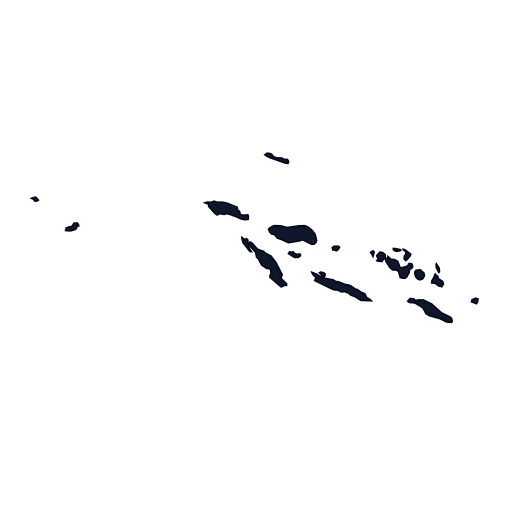 outline of Solomon Islands, rotated 170°
{"feature_id": "SLB", "entity_name": "Solomon Islands", "entity_type": "country or territory", "adm_level": 0, "iso_a3": "SLB", "parent_name": "Oceania", "parent_adm1": "", "projection": "albers", "projection_center": [159.585, -9.221], "detail": "fine", "context": "isolated", "style": "filled", "palette": "ink", "viewbox_px": 512, "rotation_deg": 170, "n_neighbors": 0, "source": "natural_earth", "source_scale": "50m", "svg_char_len": 4166}
<svg xmlns="http://www.w3.org/2000/svg" viewBox="0 0 512 512"><g transform="rotate(170 256 256)"><path d="M199.0,257.7L207.2,263.8L210.8,263.3L221.7,263.4L228.1,267.8L231.9,269.8L234.0,273.8L236.6,274.7L238.2,276.7L239.1,280.3L238.4,280.9L235.1,282.3L232.7,282.8L226.4,281.5L220.4,278.7L208.4,278.3L202.8,277.5L200.9,276.4L199.1,275.0L196.3,271.6L194.1,267.6L193.8,265.3L193.6,260.8L194.3,259.2L196.5,257.6L199.0,257.7ZM236.7,221.2L246.0,232.6L245.6,234.6L244.3,235.9L244.0,239.7L245.1,241.2L247.7,241.9L252.0,246.0L253.7,251.0L253.9,252.5L255.7,254.8L255.7,259.5L259.8,266.2L260.1,269.4L259.7,270.8L258.0,270.0L253.2,262.4L247.5,259.2L246.9,257.8L241.2,253.4L237.4,246.0L233.4,232.9L235.3,229.8L230.7,223.4L230.9,221.7L232.9,222.1L234.2,222.0L234.9,221.3L236.7,221.2ZM203.8,229.5L203.9,230.4L198.8,227.2L195.0,223.3L184.0,219.1L181.7,216.9L179.7,216.6L174.1,213.1L168.5,210.7L165.1,207.6L164.3,206.4L162.2,205.6L158.8,202.2L155.4,200.0L154.2,195.9L150.9,193.1L150.1,191.8L160.6,194.1L165.4,198.6L169.6,201.1L171.0,203.0L174.8,205.5L178.1,205.7L181.5,208.2L184.5,208.9L186.9,210.2L202.5,221.6L200.6,224.6L202.7,226.8L203.8,229.5ZM272.7,300.5L277.4,302.8L280.1,302.4L284.2,304.0L287.3,303.1L289.2,305.1L294.0,312.9L294.0,315.5L297.2,317.3L294.5,317.6L290.8,316.7L287.8,317.3L284.8,315.7L279.7,314.9L275.3,313.1L266.0,307.3L266.0,304.4L264.5,303.0L264.1,299.5L260.8,298.3L256.9,298.1L256.5,296.4L257.3,293.4L260.2,293.5L263.7,294.7L270.3,299.1L272.0,299.9L272.7,300.5ZM113.3,183.8L114.5,185.2L111.6,187.5L107.8,186.3L106.9,185.0L106.8,184.3L104.1,184.7L98.8,183.7L91.3,178.3L83.3,168.0L75.6,162.4L74.2,160.7L74.0,157.7L75.0,156.6L79.7,157.8L85.9,162.4L95.9,167.2L98.7,169.7L100.5,175.6L102.2,177.4L107.6,182.0L110.5,183.0L112.0,183.2L113.3,183.8ZM124.0,218.6L126.4,221.7L129.1,228.6L128.6,231.0L126.7,231.2L126.2,232.7L123.5,229.3L120.0,228.4L117.4,226.3L116.5,222.2L116.2,219.7L114.2,219.2L108.4,219.9L106.6,222.1L104.0,221.4L103.4,219.5L103.8,217.5L107.3,215.6L108.0,213.1L111.5,208.8L113.6,208.1L117.7,209.6L118.3,215.6L119.7,217.6L124.0,218.6ZM229.8,354.1L227.2,355.4L224.8,354.7L223.0,353.7L221.5,350.8L218.3,349.0L213.8,348.2L212.0,346.9L211.5,346.3L208.4,345.7L207.5,344.2L207.7,342.5L208.3,341.6L211.1,342.4L225.0,350.2L228.3,352.6L229.8,354.1ZM83.3,206.6L82.6,207.2L81.3,205.1L80.4,204.5L80.4,202.2L76.5,198.5L76.2,195.9L78.4,193.4L81.4,194.8L84.3,198.0L87.8,199.0L87.1,201.1L84.0,204.9L83.3,206.6ZM101.6,213.6L100.8,214.2L96.7,214.0L93.5,210.1L93.5,207.1L96.0,204.4L98.9,204.0L100.6,205.0L102.1,207.2L102.7,210.0L102.4,212.6L101.6,213.6ZM137.1,235.4L133.4,238.4L130.6,237.4L128.4,234.8L129.1,231.7L129.5,230.9L130.6,230.7L131.7,230.0L132.9,228.7L136.9,229.7L137.9,230.5L135.5,232.4L136.4,233.0L136.9,233.9L137.1,235.4ZM438.1,316.6L435.1,317.2L434.2,317.0L431.9,317.3L429.5,320.1L427.7,319.6L426.3,319.7L425.3,317.4L425.3,316.3L427.0,316.5L427.9,314.4L429.8,313.3L434.1,312.9L437.9,313.7L439.2,314.2L438.0,316.2L438.1,316.6ZM266.5,271.4L266.9,275.5L266.7,276.9L263.9,273.9L262.5,274.9L261.3,273.5L261.4,270.4L261.6,267.1L261.1,264.6L259.7,261.0L261.3,261.5L266.5,271.4ZM110.0,236.6L110.0,237.2L107.9,236.1L103.3,231.0L104.1,229.3L108.2,225.9L109.5,225.5L110.7,227.5L109.7,230.6L108.3,231.4L107.8,234.2L110.0,236.6ZM214.7,247.2L216.9,247.7L217.9,247.6L220.4,249.7L223.7,252.7L222.3,254.3L219.6,253.5L218.7,253.8L218.4,253.6L217.9,252.0L215.0,250.5L212.3,250.4L212.0,248.6L214.7,247.2ZM177.8,252.0L177.3,252.1L175.5,251.7L173.4,251.5L172.1,250.2L173.6,248.3L175.6,247.1L176.5,247.4L177.3,248.2L179.3,248.5L179.5,250.9L177.8,252.0ZM50.9,175.4L47.1,176.4L44.8,175.2L45.8,172.3L47.1,170.7L51.8,173.4L50.9,175.4ZM196.6,228.5L194.8,229.0L192.1,227.6L191.0,226.4L191.5,224.4L193.1,223.6L194.9,225.0L195.0,226.3L196.6,228.5ZM467.2,351.8L463.9,352.4L462.6,352.2L460.5,348.8L462.1,348.1L464.5,348.5L465.2,350.4L467.2,351.8ZM119.6,238.3L119.6,239.6L117.4,239.2L112.6,237.2L112.4,236.3L115.1,236.0L117.1,236.2L118.8,237.4L119.6,238.3ZM80.2,216.2L79.7,217.1L77.7,212.4L77.8,210.0L78.1,208.5L78.9,208.0L80.5,213.3L80.2,216.2ZM140.6,240.6L139.7,240.8L138.9,239.2L140.9,235.1L141.9,238.4L142.6,239.7L140.6,240.6Z" fill="#0f172a" stroke="#020617" stroke-width="1.5"/></g></svg>